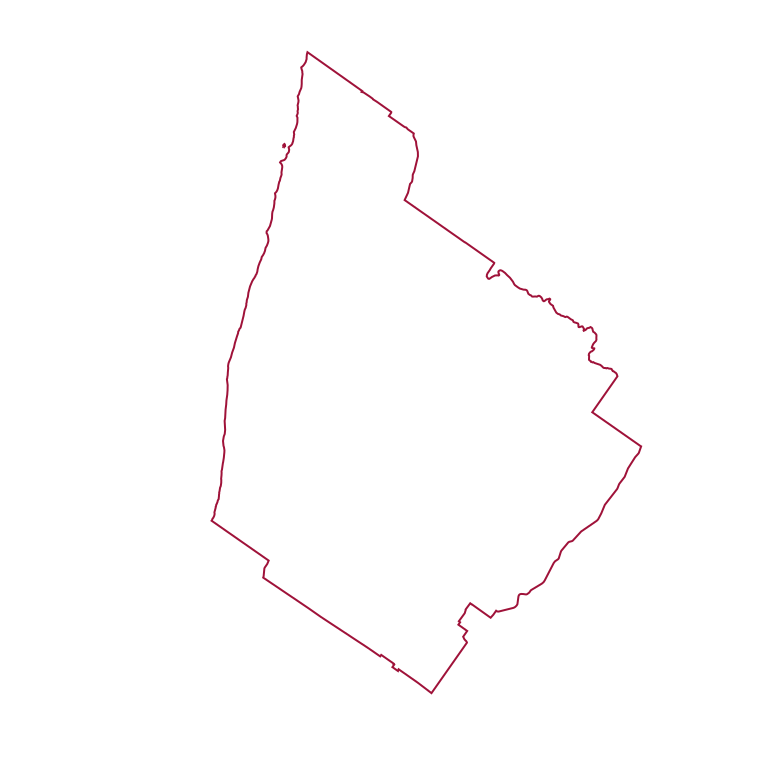 the district of Gingin, Western Australia, Australia, rotated 35°
{"feature_id": "25037944B53188273537939", "entity_name": "Gingin", "entity_type": "district", "adm_level": 2, "iso_a3": "AUS", "parent_name": "Australia", "parent_adm1": "Western Australia", "projection": "natural_earth1", "projection_center": [115.595, -31.184], "detail": "fine", "context": "isolated", "style": "outline", "palette": "rose", "viewbox_px": 768, "rotation_deg": 35, "n_neighbors": 0, "source": "geoboundaries", "source_scale": "gbopen_adm2", "svg_char_len": 6130}
<svg xmlns="http://www.w3.org/2000/svg" viewBox="0 0 768 768"><g transform="rotate(35 384 384)"><path d="M632.3,313.2L631.7,299.9L632.3,294.8L632.2,294.0L630.4,287.6L629.6,287.7L570.8,287.7L570.8,243.8L569.1,242.5L568.2,242.1L567.3,241.9L566.6,242.0L565.0,241.9L564.0,242.2L563.7,241.9L562.9,241.8L561.8,241.2L561.1,241.4L559.5,242.3L557.8,242.8L557.1,243.7L556.6,243.7L555.0,244.7L554.0,244.8L552.0,244.4L550.1,244.3L544.4,246.0L543.0,246.0L542.6,246.6L541.9,246.8L541.3,246.8L540.9,247.1L540.3,246.7L539.7,246.8L538.1,246.6L537.9,246.4L535.9,243.3L535.2,243.0L534.6,241.7L534.6,240.1L535.0,238.7L535.6,237.9L536.1,236.0L536.1,234.9L536.0,234.4L535.8,234.2L534.9,234.7L533.5,235.1L533.2,234.8L532.5,231.6L532.5,230.0L532.9,227.5L532.9,226.8L532.5,225.7L531.6,224.6L530.3,222.5L529.5,221.7L527.0,221.1L525.4,221.2L524.1,220.2L523.0,219.2L522.4,218.9L521.7,218.8L520.5,218.9L520.0,220.1L518.5,221.7L518.1,224.1L517.1,225.8L516.6,225.5L516.6,224.7L516.4,224.2L514.2,223.2L513.6,223.0L513.1,223.2L511.3,225.5L510.8,225.7L510.5,225.5L509.8,224.8L509.4,224.0L508.3,223.2L506.5,223.6L504.6,224.3L503.8,224.4L503.3,224.3L502.4,223.6L501.9,223.5L500.0,223.8L495.9,223.7L495.0,224.0L494.4,224.9L494.1,225.2L492.1,225.5L489.6,226.4L488.0,226.2L486.3,226.8L484.2,226.7L479.0,224.2L477.6,223.0L474.6,223.0L472.5,222.3L471.9,221.9L471.7,221.6L471.7,219.5L471.5,219.2L470.9,219.1L470.5,219.2L470.1,220.1L468.9,221.1L468.5,221.8L468.0,223.6L467.6,224.4L467.3,224.6L466.1,224.5L464.9,223.6L463.2,222.8L460.9,222.6L459.9,223.2L459.2,224.7L457.6,225.6L455.9,227.0L455.1,227.4L453.4,227.1L452.4,227.4L450.5,227.3L448.1,225.7L447.4,225.4L446.7,225.4L445.9,225.6L444.1,226.7L440.5,227.9L438.0,228.0L434.5,227.9L433.3,227.5L430.9,226.2L426.2,224.7L422.4,224.2L419.5,223.6L416.1,223.5L414.7,223.8L413.9,224.2L413.4,225.1L413.2,226.0L413.3,226.4L413.9,227.2L415.6,228.3L415.9,228.8L415.7,229.4L414.8,229.8L412.7,231.4L411.0,234.5L410.0,237.4L409.6,237.7L408.8,237.9L406.5,237.0L405.6,235.4L405.5,234.7L405.3,234.0L405.3,229.8L405.1,228.2L405.1,222.9L405.1,222.2L404.8,221.5L369.2,221.4L368.9,221.6L295.4,221.5L294.0,213.6L290.6,205.2L290.9,203.0L290.8,201.9L289.3,198.8L287.6,196.2L287.3,195.1L286.8,192.3L281.2,178.0L278.7,174.6L273.5,169.8L271.1,167.0L266.9,164.7L265.9,164.0L265.2,162.9L264.7,161.7L257.4,161.7L255.2,161.1L253.8,161.6L252.6,161.7L234.3,161.7L234.3,157.6L233.9,157.0L216.0,156.9L212.2,157.1L211.6,157.1L211.2,156.8L207.3,156.7L199.6,156.9L198.9,157.4L198.1,157.6L198.1,156.5L131.0,156.1L131.7,158.1L133.3,160.9L134.2,162.2L135.2,165.3L135.3,167.6L135.3,169.0L135.1,170.3L134.6,172.1L135.6,173.1L137.6,174.6L138.5,175.8L139.5,176.8L142.2,182.1L144.5,185.4L145.8,187.6L146.5,189.1L147.3,193.1L148.1,195.3L148.3,197.8L148.5,198.1L148.9,198.4L151.3,200.7L152.2,202.2L153.4,205.3L154.5,206.4L155.1,207.3L155.9,208.1L156.7,210.1L157.9,211.4L158.3,212.5L158.7,214.5L160.3,215.4L162.8,219.1L163.6,220.8L164.9,224.9L165.6,229.3L167.4,231.2L167.6,232.0L168.7,233.7L168.8,234.3L170.4,237.5L170.7,239.0L171.0,239.5L171.1,240.4L171.0,241.7L170.2,244.3L170.1,244.8L172.0,246.5L172.7,248.0L173.0,248.9L172.7,251.7L173.0,252.6L173.6,253.3L173.9,254.1L174.1,255.5L174.0,257.1L173.7,257.9L171.8,260.4L171.7,261.6L171.8,262.2L173.2,262.4L174.7,263.1L175.6,263.8L176.5,265.1L178.6,269.4L180.0,271.2L180.4,272.4L181.0,274.7L182.1,277.2L182.2,278.4L183.3,281.2L184.9,284.6L185.5,286.8L185.6,288.5L185.3,290.3L187.2,292.2L188.2,293.7L188.9,295.6L189.1,296.7L190.7,299.1L192.5,302.6L193.4,305.1L193.8,306.8L194.7,308.6L197.2,312.5L197.8,313.8L200.0,320.0L200.5,325.0L200.3,326.2L201.2,327.7L202.6,328.3L203.7,329.1L206.2,331.7L207.3,333.2L208.0,335.0L208.7,337.8L208.9,340.4L210.2,343.4L210.4,344.4L210.7,345.3L211.0,347.8L211.0,350.1L211.9,352.2L212.5,355.7L213.5,359.5L214.7,362.5L215.8,364.7L216.5,367.2L216.5,368.7L216.9,369.8L216.8,370.7L217.0,371.7L216.9,372.8L217.1,375.4L218.3,380.9L220.6,387.1L222.5,390.6L223.5,393.9L224.7,396.0L225.0,397.0L226.0,398.4L227.0,401.1L227.3,402.9L228.0,404.7L229.9,408.8L234.0,419.5L234.2,420.2L234.0,421.7L234.4,423.1L234.6,424.9L235.3,426.0L236.2,429.2L238.4,436.0L240.2,440.2L241.6,445.4L243.3,449.9L244.5,455.4L245.0,456.8L246.0,458.8L247.2,460.2L249.5,464.2L251.0,466.6L251.6,468.0L252.3,469.2L252.5,470.1L256.6,474.6L259.6,479.1L260.0,479.8L261.7,482.6L264.4,487.9L266.5,491.3L268.9,495.8L273.4,503.0L274.6,505.6L280.2,512.7L282.2,516.3L282.8,518.7L284.8,523.0L288.0,526.7L289.3,527.7L291.3,529.8L292.4,531.5L295.1,536.3L297.1,540.4L297.4,541.2L300.4,547.1L300.7,548.1L301.3,549.2L301.8,549.7L303.2,551.9L305.1,555.3L305.6,555.7L307.4,558.4L308.8,561.2L309.2,563.0L310.7,566.0L311.2,567.4L311.6,567.8L312.5,569.6L313.0,570.3L314.6,573.2L314.6,574.1L314.8,575.1L315.3,576.2L315.4,576.8L315.8,578.2L315.7,578.8L316.5,580.5L316.6,581.3L317.0,581.7L318.7,586.4L319.8,587.6L320.5,589.3L320.9,591.4L320.8,592.7L321.2,594.1L321.2,594.9L390.8,594.8L391.6,598.4L391.6,602.7L391.8,603.7L395.7,610.6L396.1,611.9L450.6,611.0L465.9,611.0L522.3,609.4L537.1,609.3L537.1,607.5L552.4,607.5L552.4,608.0L553.3,608.0L553.3,611.1L560.1,611.1L559.6,609.3L582.9,609.3L600.2,610.0L600.3,548.3L599.6,547.8L598.5,547.4L597.7,547.4L597.3,547.2L596.3,547.0L593.8,545.6L593.8,538.6L583.0,538.5L583.0,535.5L581.4,535.4L581.6,525.5L580.5,522.1L580.2,521.9L580.4,514.2L582.1,514.3L582.2,514.1L605.4,514.3L605.9,510.3L605.9,505.4L607.2,505.4L608.4,504.7L618.3,493.3L619.0,492.2L619.4,491.1L619.7,489.4L619.6,487.9L615.9,480.7L615.7,479.7L615.7,479.0L616.1,478.0L616.8,477.3L618.3,476.3L620.7,475.1L621.3,474.7L621.8,474.0L622.6,471.6L622.6,469.1L622.8,468.2L627.8,457.0L628.2,455.5L628.4,454.4L628.3,452.5L625.7,433.3L625.8,431.1L627.1,427.7L627.2,426.7L625.1,420.0L624.9,418.8L625.8,408.1L626.2,407.1L628.1,404.9L628.5,404.0L630.1,391.7L636.7,374.1L637.0,372.5L637.0,371.6L636.2,365.4L634.2,356.3L635.2,336.2L635.0,335.1L634.1,331.5L634.0,330.6L634.4,322.0L632.3,313.2ZM164.9,246.4L164.9,246.7L165.4,246.8L165.5,247.1L165.7,246.8L166.3,247.1L166.3,246.5L166.4,246.3L166.6,246.0L166.1,245.3L165.2,244.5L165.1,244.2L165.2,243.8L164.8,244.3L164.6,245.1L164.7,245.4L164.5,246.1L164.9,246.4Z" fill="none" stroke="#9f1239" stroke-width="2"/></g></svg>